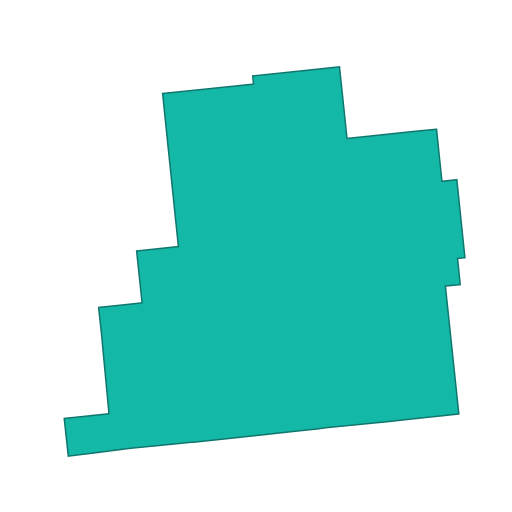 outline of Fallon, Montana, United States of America, rotated 84°
{"feature_id": "52423323B16116939849770", "entity_name": "Fallon", "entity_type": "district", "adm_level": 2, "iso_a3": "USA", "parent_name": "United States of America", "parent_adm1": "Montana", "projection": "robinson", "projection_center": [-104.352, 46.283], "detail": "fine", "context": "isolated", "style": "filled", "palette": "teal", "viewbox_px": 512, "rotation_deg": 84, "n_neighbors": 0, "source": "geoboundaries", "source_scale": "gbopen_adm2", "svg_char_len": 564}
<svg xmlns="http://www.w3.org/2000/svg" viewBox="0 0 512 512"><g transform="rotate(84 256 256)"><path d="M148.6,85.7L148.6,153.2L76.6,153.2L76.6,240.5L84.8,240.5L84.6,331.9L238.5,332.2L238.5,374.2L290.7,374.2L290.7,417.9L316.9,417.8L397.5,418.7L397.5,463.7L435.4,463.6L434.8,430.9L434.1,402.5L434.5,338.5L434.7,337.9L434.5,257.7L434.4,234.7L434.4,225.8L434.4,212.8L434.1,204.0L434.5,138.9L434.4,122.8L434.3,70.8L305.7,70.8L305.8,55.9L279.5,55.8L279.5,48.4L201.1,48.3L201.1,63.3L148.8,63.2L148.6,85.7Z" fill="#14b8a6" stroke="#0f766e" stroke-width="1.5"/></g></svg>